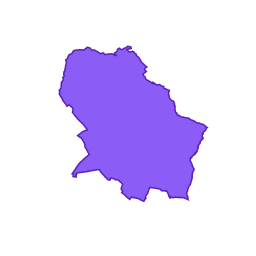 the district of Iordacheanu, Prahova, Romania, rotated 212°
{"feature_id": "2599482B35021706171000", "entity_name": "Iordacheanu", "entity_type": "district", "adm_level": 2, "iso_a3": "ROU", "parent_name": "Romania", "parent_adm1": "Prahova", "projection": "natural_earth1", "projection_center": [26.207, 45.054], "detail": "fine", "context": "isolated", "style": "filled", "palette": "violet", "viewbox_px": 256, "rotation_deg": 212, "n_neighbors": 0, "source": "geoboundaries", "source_scale": "gbopen_adm2", "svg_char_len": 5778}
<svg xmlns="http://www.w3.org/2000/svg" viewBox="0 0 256 256"><g transform="rotate(212 128 128)"><path d="M216.7,159.1L216.7,156.6L216.0,155.1L216.0,154.8L216.1,154.5L216.9,153.0L216.2,152.1L214.9,150.9L214.1,148.8L213.8,147.4L212.9,145.7L212.8,144.9L212.7,144.5L211.7,142.9L211.7,142.4L212.1,141.9L211.6,141.2L211.7,140.6L211.1,140.0L210.4,138.8L209.7,138.1L209.6,137.6L209.7,136.9L210.1,136.3L209.4,136.0L209.0,135.5L208.4,134.3L208.4,133.6L208.6,132.7L208.6,131.3L208.2,130.9L208.1,130.4L207.7,129.6L207.2,128.9L207.0,128.2L206.5,127.7L206.3,127.0L205.9,126.3L206.3,123.4L205.9,123.1L205.2,122.9L204.6,121.6L204.7,121.2L204.4,121.2L203.9,120.2L202.2,119.2L199.0,117.8L198.0,116.8L193.9,115.4L191.2,114.1L190.2,116.7L189.6,116.4L188.1,116.0L185.7,115.7L184.9,115.2L184.2,114.2L184.1,113.5L183.5,112.4L183.4,111.8L181.4,111.2L179.1,110.2L178.9,110.0L178.6,110.0L176.7,109.5L176.2,109.2L172.9,108.4L168.3,107.5L161.5,104.9L164.0,101.6L164.5,100.7L166.5,95.5L166.7,94.8L164.2,94.6L163.1,95.0L161.5,94.3L160.1,93.8L156.2,91.5L154.3,89.0L153.9,88.9L150.9,87.4L148.3,85.7L146.8,85.1L146.9,84.9L149.1,77.9L150.3,73.2L150.7,71.2L150.9,63.7L151.1,59.5L149.9,60.0L148.9,57.7L146.0,58.9L147.2,60.9L146.9,60.9L147.7,62.6L138.3,70.5L136.5,72.3L130.4,77.6L128.1,76.4L126.1,75.7L123.9,75.2L121.5,74.4L117.3,73.5L115.7,74.3L115.6,74.7L116.1,75.4L115.9,76.5L115.7,76.6L112.5,77.7L111.5,77.4L110.9,77.5L109.5,78.4L109.2,78.9L106.4,78.2L104.4,78.0L102.8,77.6L102.6,76.6L102.2,75.4L102.0,74.0L101.6,73.0L101.2,72.4L100.9,72.2L100.0,72.2L99.8,71.9L98.9,71.6L99.1,69.9L94.5,69.4L93.7,69.0L88.7,68.3L88.5,70.0L88.6,70.3L88.4,70.8L88.2,71.0L88.1,71.4L87.7,71.4L87.1,72.0L86.9,72.0L86.8,71.7L86.7,71.7L84.5,72.7L81.8,73.6L78.2,73.8L75.7,74.2L75.7,75.9L76.0,76.6L75.7,76.9L75.9,77.5L75.6,78.0L76.2,78.2L76.5,78.5L76.7,79.2L77.0,81.2L76.7,82.1L76.7,83.2L77.2,84.7L77.6,86.9L77.8,87.5L77.7,88.3L77.9,88.4L78.0,88.7L77.9,89.3L68.5,93.2L66.5,92.6L65.4,92.9L65.0,93.7L62.9,94.2L62.3,94.9L62.3,95.1L59.9,94.1L58.7,93.1L58.1,92.8L57.2,91.8L56.1,91.4L55.8,91.0L55.5,91.0L55.6,91.7L55.1,91.2L54.9,91.2L54.9,91.4L55.0,91.7L54.8,92.1L54.0,92.4L53.4,92.6L52.7,93.0L52.3,93.1L51.5,94.3L50.5,94.7L49.1,95.5L48.0,95.9L46.1,97.2L45.0,97.6L44.8,97.9L43.7,98.5L39.1,99.1L39.5,99.4L40.6,101.2L41.7,101.8L42.9,102.8L43.6,103.6L44.3,106.5L44.8,107.4L44.9,108.8L45.4,109.6L45.4,111.2L45.2,112.0L45.3,112.5L45.2,112.8L45.5,113.1L45.4,113.5L45.6,114.7L46.4,116.5L46.4,117.5L46.8,118.5L46.8,119.1L47.6,119.9L47.6,120.7L47.9,120.9L48.0,121.5L48.5,121.7L48.7,122.5L49.3,123.2L49.2,124.0L49.6,124.2L49.9,125.4L49.7,126.3L49.9,126.9L49.8,127.4L49.8,127.6L50.6,128.5L51.3,128.6L51.5,128.8L52.2,129.1L53.1,130.1L54.2,130.7L54.5,131.1L55.3,131.7L55.9,131.9L56.6,132.6L57.3,133.0L58.2,133.0L58.3,133.1L58.3,134.0L58.8,134.9L58.6,135.5L58.8,135.7L59.2,135.6L59.3,135.8L59.2,136.3L58.3,136.6L58.5,137.3L58.4,137.8L58.5,137.9L58.6,138.4L58.0,139.7L57.7,140.1L58.0,140.4L57.4,141.1L57.8,141.7L57.4,142.1L57.9,142.5L58.0,142.7L57.0,143.4L57.3,143.8L57.1,145.2L57.3,145.8L57.6,146.2L57.8,146.8L57.9,147.4L57.8,147.9L57.8,148.6L58.6,149.4L59.0,149.4L59.2,149.6L58.8,150.5L58.9,150.9L59.2,151.1L59.3,151.3L59.1,151.9L59.1,152.2L58.7,153.0L59.1,153.9L59.7,154.1L59.7,154.3L59.6,154.6L59.5,155.7L59.2,156.1L59.4,156.9L58.7,158.0L58.9,158.2L59.7,158.8L59.1,159.4L59.9,159.7L61.2,160.8L61.2,161.2L61.2,162.8L61.9,162.9L61.7,163.5L61.7,165.1L61.4,165.9L61.1,166.3L61.0,167.7L61.3,168.1L61.4,168.8L61.3,169.6L61.0,170.4L61.6,170.4L61.8,170.3L62.0,169.9L62.6,170.1L62.8,170.5L65.5,170.9L66.2,170.9L67.6,170.3L70.1,170.0L70.8,169.7L71.7,169.0L73.1,169.0L74.4,168.7L74.9,169.1L75.4,169.1L76.2,168.7L78.1,168.6L79.0,168.1L79.8,168.4L80.4,168.3L80.9,168.5L81.3,168.3L81.6,168.4L82.3,168.4L84.5,167.0L85.5,167.0L86.0,166.8L86.5,166.8L86.7,166.7L87.0,166.3L87.5,166.2L88.0,165.9L88.8,165.6L90.4,165.5L90.7,165.8L91.0,165.9L92.1,165.2L92.4,165.3L93.0,165.7L93.5,165.4L93.8,165.9L94.9,166.5L95.2,166.6L95.5,166.4L96.1,166.6L97.1,167.8L97.9,168.4L98.2,168.9L98.5,169.3L99.1,170.7L99.5,171.1L100.2,171.4L100.2,172.0L101.1,172.4L101.1,172.8L101.2,173.0L101.9,173.6L102.3,173.7L102.9,174.1L103.2,174.8L103.6,174.9L104.6,174.6L105.8,174.5L108.7,175.3L109.7,176.6L110.7,177.4L111.8,178.7L112.6,180.2L112.6,181.2L112.7,181.7L119.2,180.8L119.7,182.2L120.8,181.7L121.8,181.4L123.5,181.6L124.6,181.4L125.6,180.6L125.8,179.9L126.3,179.7L127.0,179.6L128.2,179.9L130.7,179.9L130.4,179.5L131.6,179.4L131.7,179.2L131.4,179.0L131.8,179.0L131.8,178.8L134.0,179.0L135.9,178.9L136.0,178.7L136.5,178.9L137.5,178.7L138.9,179.0L140.9,180.5L142.1,180.6L143.9,181.6L142.3,185.6L144.5,186.1L145.0,186.5L145.2,187.4L145.1,188.0L144.4,189.7L144.9,189.7L152.1,191.1L153.4,192.2L156.2,193.4L157.3,193.8L158.6,193.8L159.6,194.2L159.9,194.4L160.1,194.8L160.7,195.2L161.6,195.0L162.6,195.1L163.7,195.8L164.6,195.3L165.1,195.3L165.4,194.6L166.4,193.7L167.3,193.3L168.2,193.2L170.4,194.0L167.4,197.2L167.6,197.5L168.9,198.3L169.4,197.9L171.5,197.2L172.3,195.0L173.5,193.6L174.2,192.0L175.0,191.2L175.3,191.0L176.4,190.8L177.5,191.2L178.2,190.3L178.6,189.0L178.6,188.7L178.0,188.0L178.1,186.6L178.3,186.1L179.1,185.0L179.1,184.4L179.0,184.1L178.2,183.6L178.0,183.1L176.8,183.4L177.4,182.4L177.5,182.4L178.1,182.7L178.9,182.6L180.3,182.6L181.0,182.4L182.8,181.0L184.2,180.1L185.7,178.6L186.7,178.2L187.9,178.5L189.1,178.5L189.4,178.1L189.9,177.0L190.6,176.6L192.3,176.5L193.4,176.6L197.9,176.3L198.4,176.1L199.3,175.2L199.8,174.9L201.5,175.3L202.4,175.7L204.9,175.1L205.6,174.6L205.6,173.7L206.3,172.4L206.4,170.9L206.9,170.6L207.5,170.5L208.4,169.8L210.5,168.9L211.1,168.2L212.1,167.3L213.1,166.8L214.1,165.6L215.1,164.9L215.2,164.6L215.0,164.1L214.9,163.7L215.2,163.1L214.9,162.3L214.9,162.0L215.9,159.9L216.5,159.5L216.7,159.1Z" fill="#8b5cf6" stroke="#5b21b6" stroke-width="1.5"/></g></svg>